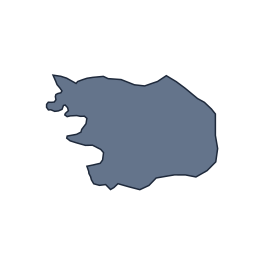 Udu, Delta, Nigeria (Equal Earth projection), rotated 304°
{"feature_id": "59680162B80910542790982", "entity_name": "Udu", "entity_type": "district", "adm_level": 2, "iso_a3": "NGA", "parent_name": "Nigeria", "parent_adm1": "Delta", "projection": "equal_earth", "projection_center": [5.805, 5.485], "detail": "fine", "context": "isolated", "style": "filled", "palette": "slate", "viewbox_px": 256, "rotation_deg": 304, "n_neighbors": 0, "source": "geoboundaries", "source_scale": "gbopen_adm2", "svg_char_len": 1208}
<svg xmlns="http://www.w3.org/2000/svg" viewBox="0 0 256 256"><g transform="rotate(304 128 128)"><path d="M102.3,179.3L109.2,186.5L115.1,192.7L121.2,201.8L125.4,211.7L136.9,217.4L149.0,219.7L161.1,213.8L170.7,204.6L188.5,192.6L190.4,186.5L192.0,177.0L191.3,169.2L192.5,157.0L192.9,152.9L193.4,142.1L192.8,130.5L183.1,126.5L178.9,123.3L172.2,118.3L167.4,109.2L164.3,95.2L157.8,83.9L157.0,78.7L150.3,70.5L146.3,66.2L142.6,63.3L138.4,60.3L135.9,60.0L135.0,49.2L133.3,43.4L129.9,36.3L126.3,42.0L124.3,44.9L123.0,49.4L121.8,52.5L119.6,52.6L117.3,50.5L115.4,49.5L113.4,50.2L111.2,52.4L108.4,52.4L106.7,50.5L104.8,47.5L102.1,47.3L99.6,48.9L98.5,51.9L100.0,53.9L100.8,57.9L103.2,60.7L106.6,62.9L110.6,61.9L111.9,63.0L111.1,66.5L109.0,68.9L105.0,67.9L103.5,68.3L103.4,71.2L105.8,73.4L109.7,78.6L111.0,81.9L113.4,85.3L113.0,88.5L108.1,90.8L100.9,90.4L98.3,91.3L94.0,88.9L87.3,82.1L85.3,82.9L85.0,87.2L86.8,93.3L89.8,102.4L93.9,108.2L95.0,117.4L93.9,121.5L87.3,124.8L83.2,124.7L77.7,119.6L73.3,115.3L70.2,119.5L68.4,121.1L66.7,124.2L64.6,126.6L62.6,130.8L64.5,136.4L68.6,141.1L67.2,147.9L70.7,149.6L76.2,150.8L79.6,161.2L83.5,172.3L92.1,177.5L102.3,179.3Z" fill="#64748b" stroke="#1e293b" stroke-width="1.5"/></g></svg>